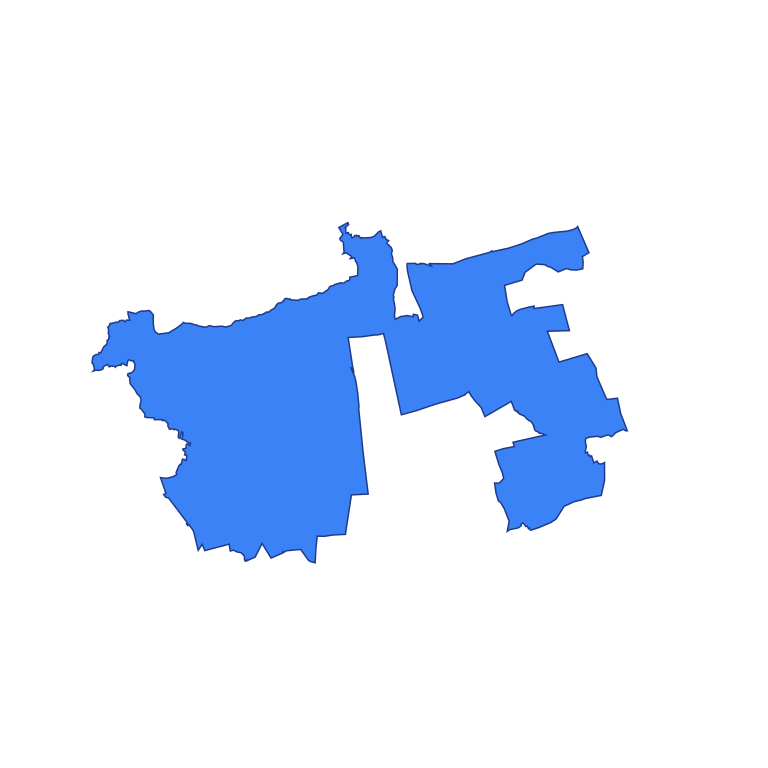 the district of Axapusco, México, Mexico, rotated 138°
{"feature_id": "50627088B66488502331387", "entity_name": "Axapusco", "entity_type": "district", "adm_level": 2, "iso_a3": "MEX", "parent_name": "Mexico", "parent_adm1": "México", "projection": "mercator", "projection_center": [-98.73, 19.766], "detail": "fine", "context": "isolated", "style": "filled", "palette": "blue", "viewbox_px": 768, "rotation_deg": 138, "n_neighbors": 0, "source": "geoboundaries", "source_scale": "gbopen_adm2", "svg_char_len": 6171}
<svg xmlns="http://www.w3.org/2000/svg" viewBox="0 0 768 768"><g transform="rotate(138 384 384)"><path d="M554.8,297.2L544.5,307.5L535.4,315.6L530.1,310.6L523.3,306.2L513.3,298.1L482.4,323.4L469.4,312.8L444.9,347.7L419.1,382.9L417.8,383.8L409.7,394.8L403.7,403.8L400.6,409.5L397.9,418.1L397.1,417.9L398.1,414.9L398.0,413.8L395.8,417.7L379.5,442.6L368.9,434.0L357.2,426.0L355.9,424.7L350.6,421.9L353.6,416.0L391.7,349.5L377.5,342.4L359.1,334.5L339.0,324.5L330.8,321.7L330.6,322.1L326.2,321.6L327.1,316.9L327.6,310.9L327.6,301.3L330.8,292.2L301.0,285.9L304.5,277.1L303.5,275.6L304.0,275.0L302.9,274.0L303.6,273.6L303.3,270.9L300.9,265.6L301.3,263.7L300.8,259.9L299.8,257.8L300.5,253.1L300.7,253.3L302.6,249.1L302.7,247.6L301.8,246.0L301.5,243.4L299.9,241.7L298.1,238.1L327.1,254.4L329.0,250.3L338.2,255.9L346.6,259.8L352.4,247.5L355.5,238.7L358.3,233.7L364.8,233.3L368.1,236.4L373.8,227.9L377.3,220.3L376.7,218.5L376.8,217.2L378.0,210.9L382.8,198.3L391.0,192.0L387.9,191.6L380.4,187.2L377.2,186.8L375.4,188.2L373.5,187.6L374.0,183.3L372.8,183.0L373.4,179.7L372.3,179.6L372.9,177.2L365.5,173.9L352.6,169.4L346.5,168.5L332.1,172.6L321.4,169.3L314.7,165.6L310.8,164.1L297.1,155.8L284.5,164.8L272.7,178.1L274.5,178.4L276.9,179.8L277.8,181.2L277.3,184.3L280.8,185.0L277.9,191.6L279.5,192.3L278.7,193.2L279.8,194.7L278.4,197.2L280.4,198.0L278.7,199.9L275.6,202.0L273.0,206.4L271.0,208.2L270.4,208.6L266.7,206.9L260.3,202.3L258.5,199.2L252.8,197.0L251.2,195.7L250.2,192.7L247.9,192.5L244.5,192.8L237.5,190.6L236.6,190.2L235.7,187.5L234.5,186.4L227.9,203.6L220.0,217.2L228.3,223.1L228.4,224.7L220.9,247.0L215.8,253.9L212.7,270.6L239.3,283.2L227.3,313.9L210.5,299.6L198.2,323.5L222.0,339.7L220.3,341.4L224.7,344.1L232.6,348.2L235.8,349.4L240.1,349.8L243.1,349.2L243.4,350.0L237.5,362.6L228.4,376.6L211.8,368.8L204.5,372.6L190.7,371.3L184.8,365.3L183.2,360.9L182.0,359.3L179.5,350.7L171.2,347.7L168.9,344.0L164.7,339.8L159.2,336.6L154.4,341.4L151.3,345.9L143.8,344.5L134.7,371.5L136.4,371.2L140.5,372.4L145.8,375.2L156.1,382.8L161.0,385.9L172.7,390.2L176.5,392.2L188.2,396.1L200.5,401.6L214.9,409.8L214.7,410.7L217.3,411.1L239.4,422.3L252.4,427.2L269.6,443.0L269.9,440.0L273.7,446.6L276.5,449.5L277.2,448.9L279.5,451.0L279.9,451.3L279.7,452.4L286.1,458.0L288.2,456.0L290.9,452.3L300.8,434.6L306.6,415.6L310.0,407.5L315.8,407.2L313.0,412.7L315.5,416.2L317.2,414.5L321.6,420.0L322.4,420.1L326.3,422.9L332.3,424.6L330.4,428.0L327.0,430.9L324.5,433.7L320.0,440.9L319.2,441.8L318.7,441.7L317.3,444.1L312.1,447.3L308.3,448.4L297.2,460.5L295.4,469.2L292.9,472.2L291.5,475.6L288.4,477.8L287.8,479.2L287.2,481.2L287.9,482.7L287.3,483.7L287.9,485.8L287.2,487.2L284.6,487.4L285.7,490.4L284.7,492.9L286.9,494.1L284.0,500.0L286.2,500.7L292.3,500.3L295.7,501.6L302.1,506.8L302.4,507.6L304.0,508.0L303.4,511.2L305.3,512.1L305.0,513.0L306.9,513.9L308.2,513.3L309.9,514.0L309.3,515.8L308.3,517.1L309.4,517.7L309.8,519.3L309.2,520.4L311.4,521.7L307.6,526.0L307.9,526.2L303.5,526.2L302.9,528.1L312.9,530.5L314.4,522.6L319.6,521.7L320.2,519.8L319.3,517.2L319.5,516.5L325.5,508.6L327.3,508.2L324.4,506.9L322.6,500.4L325.2,499.7L321.4,497.4L323.1,494.1L323.2,492.4L324.8,488.7L331.1,482.2L338.0,486.3L339.2,484.7L341.0,484.4L342.7,485.5L346.4,485.9L348.7,488.3L353.9,490.8L356.3,491.2L358.1,492.4L359.7,492.6L361.5,491.8L363.1,491.7L369.4,492.6L369.9,493.7L371.8,495.7L374.2,495.0L378.8,497.5L381.9,498.7L382.6,498.9L383.7,498.4L388.4,502.3L389.9,503.2L391.5,503.4L396.9,508.8L397.0,510.4L398.1,510.8L398.6,512.1L399.9,513.4L401.2,513.7L402.7,512.7L403.5,513.2L405.7,513.1L408.5,514.9L410.9,514.8L414.3,513.6L419.2,514.6L421.6,514.5L422.7,515.9L428.1,517.1L430.8,519.3L431.7,519.1L434.1,519.9L437.5,522.2L440.4,523.4L442.3,525.3L446.1,525.5L448.0,527.9L449.2,527.9L451.8,530.2L454.3,530.4L457.6,529.8L460.2,530.5L463.8,532.6L465.8,535.5L472.0,540.3L474.8,544.3L477.5,545.0L479.1,546.2L483.1,551.4L483.6,553.0L485.0,554.5L486.8,558.0L491.1,562.3L492.0,564.1L493.2,563.7L501.1,564.4L508.3,565.9L508.9,565.6L518.2,572.0L519.1,575.8L518.3,578.5L515.2,583.1L509.2,589.7L509.0,594.9L509.8,596.2L512.5,597.9L515.5,600.6L518.8,601.9L521.2,602.2L525.9,609.0L527.2,607.6L530.4,601.5L532.5,603.8L534.8,603.4L535.0,605.7L538.0,608.0L539.9,607.7L541.9,609.3L546.0,611.3L546.7,612.2L547.4,612.2L547.8,611.5L551.4,610.9L551.6,609.9L553.6,607.1L554.9,606.4L556.2,603.1L557.1,603.0L558.3,601.6L560.7,601.6L562.3,599.7L563.6,599.1L567.2,599.2L573.6,596.8L574.7,598.1L576.0,597.1L579.3,598.9L581.6,599.1L582.8,598.6L586.9,595.0L586.7,593.6L588.8,589.3L589.9,588.5L591.5,588.2L588.7,587.0L587.1,585.2L584.9,583.8L582.5,583.3L581.7,584.4L580.1,584.5L576.5,583.6L576.7,580.5L575.1,580.2L572.4,577.5L572.6,576.3L570.9,576.4L569.1,575.7L567.3,574.6L566.7,573.8L565.2,574.8L564.4,573.8L563.0,569.8L562.6,569.6L562.0,570.5L558.1,573.0L557.3,572.6L556.4,570.3L554.5,568.9L555.3,568.0L555.6,565.6L559.8,561.6L563.5,561.1L567.4,563.0L568.6,562.2L568.9,561.0L568.6,558.6L570.2,557.4L570.8,556.0L572.0,554.8L572.4,553.5L572.9,546.5L574.0,541.9L573.8,537.5L575.2,534.5L578.9,532.0L581.6,529.5L581.2,527.2L581.7,522.3L582.1,521.1L583.8,519.7L582.8,517.9L577.6,512.7L578.5,511.1L572.7,506.0L573.2,505.8L572.8,504.7L571.2,503.6L571.0,499.0L572.7,497.5L573.7,493.8L571.8,492.7L570.4,491.2L570.5,490.6L570.0,490.6L570.0,490.2L569.2,489.7L568.1,486.9L568.4,485.9L572.4,482.2L572.6,481.4L572.1,480.0L566.3,483.7L566.3,481.7L571.1,478.3L569.5,475.6L569.0,472.3L567.3,469.5L569.6,468.1L569.7,470.6L570.5,471.2L571.5,471.3L574.1,468.7L577.0,470.3L577.5,469.5L577.2,466.2L579.6,464.7L578.3,462.9L582.3,459.4L582.8,461.2L584.0,463.0L588.2,460.2L588.6,460.0L589.1,460.7L591.3,460.4L597.8,457.3L598.4,455.4L602.0,456.1L605.6,457.6L609.5,460.1L612.7,464.0L619.2,448.7L621.7,449.3L622.0,445.9L620.6,444.0L620.4,442.8L623.0,412.6L624.4,412.2L624.6,410.1L623.1,410.4L623.7,403.6L624.4,401.3L633.3,384.8L626.4,386.5L628.6,380.1L606.2,368.6L610.0,362.8L606.9,361.1L605.9,358.1L603.0,354.0L603.0,349.3L605.1,347.0L605.7,345.5L605.2,344.8L603.7,344.9L604.0,344.3L595.6,341.6L581.3,347.1L584.4,330.2L573.1,326.5L571.6,326.9L572.1,326.2L568.0,325.3L556.6,316.8L558.1,303.6L557.4,301.2L554.8,297.2Z" fill="#3b82f6" stroke="#1e3a8a" stroke-width="1.5"/></g></svg>